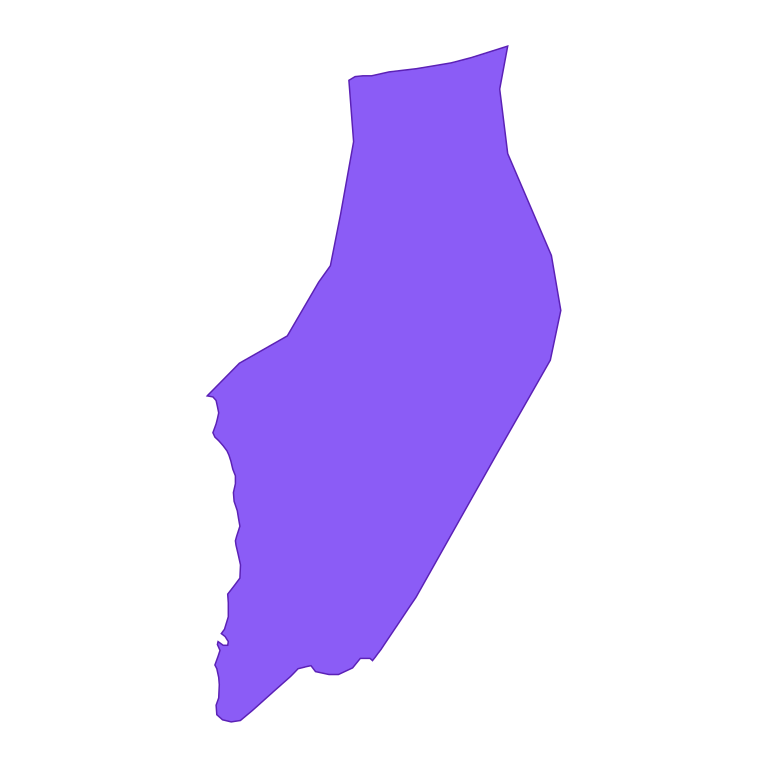 the district of Foro Baranga, Western Darfur, Sudan
{"feature_id": "16777658B32386260809283", "entity_name": "Foro Baranga", "entity_type": "district", "adm_level": 2, "iso_a3": "SDN", "parent_name": "Sudan", "parent_adm1": "Western Darfur", "projection": "robinson", "projection_center": [22.544, 12.241], "detail": "fine", "context": "isolated", "style": "filled", "palette": "violet", "viewbox_px": 768, "rotation_deg": 0, "n_neighbors": 0, "source": "geoboundaries", "source_scale": "gbopen_adm2", "svg_char_len": 1549}
<svg xmlns="http://www.w3.org/2000/svg" viewBox="0 0 768 768"><path d="M507.7,46.1L470.9,57.7L451.0,62.9L416.3,68.7L389.1,71.9L371.5,75.8L363.0,75.8L355.1,76.6L348.9,80.3L353.6,141.7L340.6,214.2L330.4,265.7L318.7,282.1L287.3,335.9L239.4,363.2L210.0,393.0L207.6,395.4L207.2,395.9L208.5,396.1L212.9,396.9L216.1,400.5L217.4,406.4L218.7,412.9L217.4,418.8L216.1,423.9L212.9,432.7L214.9,437.1L218.7,440.7L223.2,445.8L227.0,450.9L229.0,455.3L230.9,461.2L232.8,469.2L235.4,475.8L235.4,483.8L233.4,492.6L234.1,501.3L237.3,510.8L238.6,518.9L239.9,526.2L236.6,536.4L235.4,540.8L236.0,545.2L237.9,553.2L240.5,564.9L239.9,578.1L233.4,586.8L227.7,594.1L228.3,602.9L228.3,616.8L224.5,629.2L221.3,633.6L225.1,636.5L228.3,641.6L227.7,645.3L223.2,645.3L218.1,641.6L218.0,642.0L217.4,641.6L218.0,642.1L217.4,644.5L220.0,650.4L218.1,656.2L214.9,665.0L216.8,668.7L218.7,677.4L219.3,684.7L218.7,697.9L216.1,705.2L216.8,714.7L222.5,719.8L231.2,721.9L240.4,720.5L252.6,710.3L273.8,691.3L290.5,676.5L293.3,673.7L298.1,668.7L304.7,667.1L305.2,666.9L310.3,665.8L311.0,665.7L315.5,671.6L328.9,674.5L331.3,674.5L338.5,674.5L340.6,673.5L352.6,667.9L360.3,658.4L369.3,658.4L370.0,658.4L372.3,660.4L372.5,660.6L375.6,656.7L376.0,656.1L377.1,654.6L377.6,653.9L378.5,652.7L378.9,652.3L379.6,651.3L381.0,649.5L384.1,644.8L384.3,644.5L394.9,628.7L397.0,625.6L409.2,607.3L416.0,597.3L460.8,517.7L473.2,495.7L497.3,453.0L529.5,396.7L550.3,360.2L560.8,310.4L551.4,255.5L507.7,153.6L505.3,134.1L502.6,112.3L499.7,89.1L507.7,46.1Z" fill="#8b5cf6" stroke="#5b21b6" stroke-width="1.5"/></svg>